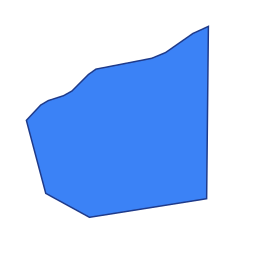 outline of Gaga'ifomauga, rotated 349°
{"feature_id": "WSM-4991", "entity_name": "Gaga'ifomauga", "entity_type": "state/province", "adm_level": 1, "iso_a3": "WSM", "parent_name": "Samoa", "parent_adm1": "", "projection": "equal_earth", "projection_center": [-172.532, -13.55], "detail": "fine", "context": "isolated", "style": "filled", "palette": "blue", "viewbox_px": 256, "rotation_deg": 349, "n_neighbors": 0, "source": "natural_earth", "source_scale": "10m", "svg_char_len": 332}
<svg xmlns="http://www.w3.org/2000/svg" viewBox="0 0 256 256"><g transform="rotate(349 128 128)"><path d="M29.7,101.1L46.7,88.8L54.9,85.9L70.8,84.0L80.0,81.0L99.4,67.9L107.8,64.1L164.6,64.1L179.3,61.1L209.7,47.6L226.3,43.6L191.7,212.4L73.1,208.3L34.8,176.5L29.7,101.1Z" fill="#3b82f6" stroke="#1e3a8a" stroke-width="1.5"/></g></svg>